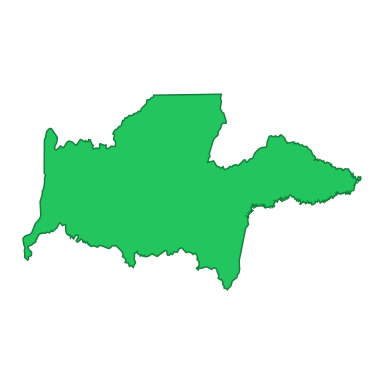 Itamarati, Amazonas, Brazil
{"feature_id": "56859067B49788887707038", "entity_name": "Itamarati", "entity_type": "district", "adm_level": 2, "iso_a3": "BRA", "parent_name": "Brazil", "parent_adm1": "Amazonas", "projection": "equal_earth", "projection_center": [-67.719, -6.727], "detail": "fine", "context": "isolated", "style": "filled", "palette": "green", "viewbox_px": 384, "rotation_deg": 0, "n_neighbors": 0, "source": "geoboundaries", "source_scale": "gbopen_adm2", "svg_char_len": 6009}
<svg xmlns="http://www.w3.org/2000/svg" viewBox="0 0 384 384"><path d="M153.6,95.2L153.5,96.7L152.8,97.5L151.8,97.5L149.5,99.6L146.9,100.0L146.5,103.5L141.6,108.4L140.1,111.5L138.2,111.4L136.8,113.1L134.3,113.5L131.8,115.7L129.1,115.4L127.1,117.8L125.2,117.8L123.7,120.8L122.7,120.6L121.3,125.6L119.9,126.8L119.1,126.4L117.1,129.1L115.5,129.5L113.2,132.8L113.1,134.1L114.1,133.9L114.5,135.0L113.6,138.8L113.8,139.9L115.3,141.1L115.6,145.9L114.6,146.5L111.3,146.2L108.4,148.6L106.4,148.4L105.8,147.4L106.1,145.0L104.4,145.4L100.1,143.6L99.5,144.7L99.9,146.9L98.6,148.7L97.0,148.1L93.2,148.7L92.6,147.6L93.3,145.6L91.8,143.9L90.2,139.8L88.6,139.6L88.6,141.1L87.9,141.9L85.6,140.7L85.4,141.7L84.6,141.5L80.4,139.4L76.8,144.7L75.1,144.7L72.4,142.1L69.0,141.0L67.2,141.9L63.9,147.2L63.1,147.8L60.6,145.9L57.5,149.3L55.8,149.7L54.9,149.3L54.6,147.1L56.8,142.4L57.4,137.4L51.3,128.6L49.7,128.5L48.1,129.8L46.6,131.8L45.4,137.8L44.4,139.7L44.2,172.9L45.7,175.9L44.6,177.6L44.4,184.4L43.1,190.2L42.2,191.5L42.3,194.5L40.1,201.7L40.8,215.6L39.7,218.6L35.4,223.6L31.8,232.5L30.3,234.2L25.1,236.1L23.0,238.5L23.8,244.7L25.1,247.5L24.3,250.6L24.8,254.0L24.6,257.3L27.8,260.1L28.4,259.2L28.4,256.9L31.4,255.5L31.6,252.0L28.6,249.5L28.2,246.2L30.8,245.4L35.9,241.7L35.8,239.9L37.1,238.7L36.9,237.6L38.2,236.1L38.5,234.9L41.5,232.9L42.1,233.6L43.8,232.7L45.5,233.3L47.1,232.2L49.5,232.8L51.6,230.6L52.3,231.6L53.3,231.1L56.8,227.9L59.4,223.2L60.5,223.2L62.3,225.5L65.1,224.8L65.8,225.6L65.7,230.0L66.4,233.3L68.3,235.2L69.9,234.8L70.6,238.0L71.7,236.3L72.5,236.2L73.0,238.4L73.7,238.9L75.6,235.2L78.0,235.2L78.4,237.2L76.3,240.4L76.4,241.5L77.2,242.0L78.1,241.9L81.1,239.0L82.5,240.1L83.0,242.1L83.8,242.3L84.4,241.4L85.7,243.1L87.2,242.0L88.0,244.1L88.7,244.8L89.4,244.2L90.2,246.1L91.0,246.4L94.3,245.9L97.5,247.3L98.0,246.4L100.4,245.3L108.6,248.5L110.3,247.9L112.2,245.8L116.3,245.9L121.8,251.4L123.1,254.2L122.5,256.7L124.0,257.4L126.0,259.8L125.1,262.5L128.5,263.1L129.4,266.4L131.0,265.6L133.2,267.4L135.5,262.6L134.0,258.5L134.6,256.4L134.3,254.2L137.0,251.4L137.6,253.6L140.0,254.9L140.2,256.0L141.6,255.0L142.9,256.4L144.2,255.2L145.0,256.7L147.8,256.5L152.2,253.8L157.1,256.5L165.2,250.5L166.8,251.2L167.2,254.4L167.8,255.2L169.6,255.1L170.8,253.4L172.3,254.5L173.9,252.0L177.2,252.2L179.3,248.7L181.7,247.8L186.1,252.6L187.6,251.9L190.9,252.5L192.9,254.5L195.2,253.2L196.6,254.8L197.6,257.9L197.0,258.7L197.2,259.8L198.7,261.1L199.3,265.5L196.4,268.3L198.4,269.9L199.1,267.8L200.7,268.4L206.4,266.7L211.8,269.4L212.3,268.5L214.8,267.8L217.0,269.5L217.1,271.7L218.9,275.3L218.2,278.5L220.6,279.9L221.4,279.4L222.8,282.1L222.8,284.4L223.9,286.0L224.2,288.2L225.9,288.4L227.3,289.8L231.1,285.3L232.3,281.0L236.8,277.6L237.6,274.4L238.9,272.9L239.6,269.5L239.2,260.6L245.6,228.5L248.4,224.6L247.6,219.4L248.1,218.5L246.7,216.4L248.5,217.1L248.2,215.4L249.1,214.2L248.1,213.3L249.6,213.0L249.9,211.1L252.0,210.1L251.0,207.9L252.6,207.0L252.0,205.7L252.4,204.2L253.4,204.3L253.0,205.7L254.3,206.1L254.2,207.7L255.8,206.6L256.0,206.0L255.3,205.0L256.1,204.2L257.0,206.1L257.8,205.2L258.2,206.1L260.3,205.9L260.9,204.7L261.8,205.9L263.4,206.2L263.8,205.9L263.1,204.8L263.6,204.3L264.8,205.3L265.0,207.1L264.5,207.2L265.1,207.9L268.4,207.0L269.7,207.5L269.4,207.0L270.9,206.1L272.2,207.3L272.5,206.1L273.9,206.8L274.5,205.8L273.7,204.9L273.7,204.0L274.8,202.9L274.2,201.0L275.1,201.2L275.5,200.4L277.2,202.0L278.6,198.9L279.8,199.5L280.4,198.3L280.7,199.8L281.9,198.0L282.8,198.9L281.7,199.4L281.8,201.1L282.6,201.3L283.3,199.4L284.7,200.1L284.6,199.1L286.1,199.0L285.6,197.3L287.4,198.6L288.0,196.9L288.6,197.6L288.9,196.2L290.3,194.8L292.2,196.9L294.5,197.4L294.8,198.9L296.3,199.6L296.5,200.5L297.5,199.3L298.3,201.5L299.5,201.1L299.9,199.9L300.8,203.1L300.0,203.9L300.6,204.2L303.2,201.4L303.9,202.4L305.2,202.6L305.5,203.6L306.9,202.8L307.5,201.3L308.6,203.1L309.5,202.3L310.1,203.2L311.4,202.7L311.2,203.9L312.0,204.8L314.7,203.7L315.4,201.5L317.2,202.1L318.3,199.9L320.3,202.9L322.1,201.4L323.8,202.3L323.4,200.4L324.2,200.2L325.6,201.6L326.5,199.8L327.4,200.3L328.4,198.7L329.1,199.4L329.8,197.8L330.3,197.9L330.4,196.6L332.1,196.4L332.4,198.4L332.9,198.2L335.5,195.2L336.1,193.0L336.6,194.3L337.1,192.7L337.6,193.5L338.0,192.5L339.2,193.9L341.7,194.0L342.4,192.9L343.3,193.3L345.1,192.4L345.6,193.9L347.0,192.0L347.1,193.8L347.8,193.9L348.8,192.0L349.4,193.3L348.8,193.8L349.9,194.2L351.2,191.0L353.6,190.5L354.5,187.7L354.2,185.0L355.0,185.1L355.4,183.0L357.1,182.8L356.1,181.1L357.2,179.8L358.4,181.1L358.5,179.3L359.0,180.6L360.1,180.4L360.2,179.2L361.0,178.7L360.4,176.8L359.1,177.3L358.3,176.7L357.9,177.9L356.4,179.0L355.7,178.7L355.2,176.8L353.6,178.0L353.3,177.0L352.4,176.5L353.6,176.1L353.0,174.6L352.2,174.8L352.7,173.7L351.1,174.6L350.7,172.2L349.3,171.4L348.8,169.4L348.1,168.9L344.6,169.0L343.0,170.6L341.8,168.9L340.4,168.4L337.6,168.5L336.9,169.5L335.9,169.0L335.4,167.3L332.0,166.6L331.6,164.6L330.9,165.6L329.8,163.2L326.5,162.2L325.7,163.2L324.6,163.2L323.7,160.9L323.1,161.6L319.8,159.6L317.7,160.7L317.5,159.1L314.6,160.0L315.4,157.7L314.4,155.8L312.8,155.3L311.3,150.9L308.4,148.8L306.9,146.5L304.0,146.5L302.0,144.8L299.9,145.2L298.0,143.1L296.2,144.0L295.6,143.1L294.2,143.7L293.8,141.9L287.2,143.2L287.0,142.1L285.6,140.9L285.0,138.6L281.3,134.9L280.1,135.0L279.2,136.6L277.2,137.1L275.6,135.8L273.5,136.8L270.8,135.7L269.1,136.8L267.2,141.9L266.7,146.1L266.1,147.2L261.8,147.5L258.9,149.0L255.1,152.8L252.7,158.3L249.7,159.2L247.1,162.2L246.3,162.1L245.1,159.9L244.1,159.9L238.3,165.6L235.9,164.7L233.3,165.3L231.9,166.8L229.6,166.5L228.3,168.2L225.1,169.5L224.3,169.4L223.0,166.6L220.9,168.3L219.5,167.0L216.9,166.4L213.6,160.9L207.7,162.3L208.6,158.7L209.9,156.7L209.4,153.3L213.1,140.7L214.4,138.3L217.9,135.2L218.3,131.1L220.5,128.7L221.6,124.4L223.4,123.0L225.8,123.4L226.3,122.2L223.8,113.4L221.6,111.6L220.3,108.2L221.3,101.7L220.5,98.3L221.3,94.2L153.6,95.2ZM252.0,210.1L251.5,211.3L251.4,211.9L252.9,210.6L252.0,210.1Z" fill="#22c55e" stroke="#15803d" stroke-width="1.5"/></svg>